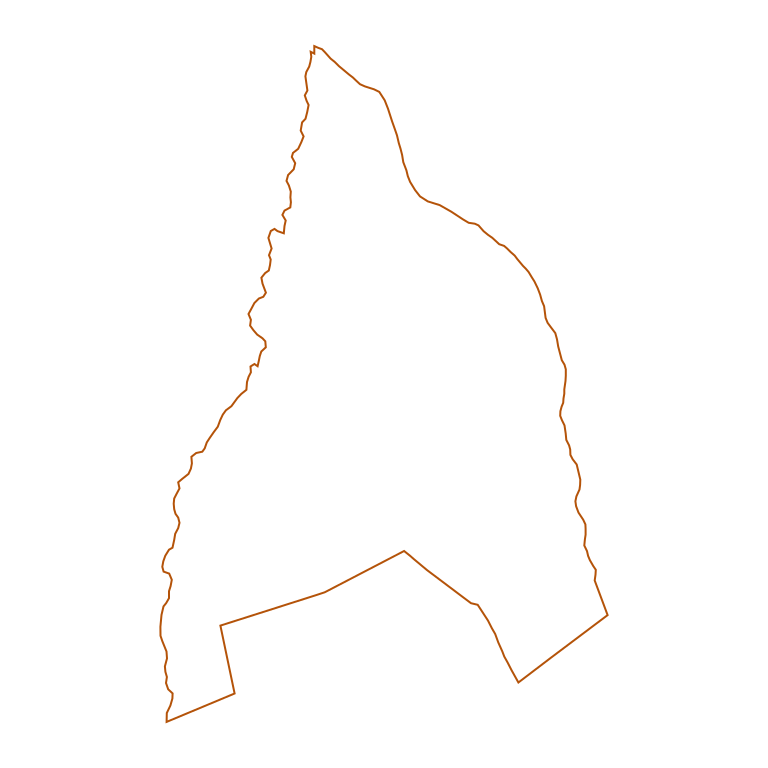 Governador Nunes Freire, Maranhão, Brazil
{"feature_id": "56859067B42446193818241", "entity_name": "Governador Nunes Freire", "entity_type": "district", "adm_level": 2, "iso_a3": "BRA", "parent_name": "Brazil", "parent_adm1": "Maranhão", "projection": "natural_earth1", "projection_center": [-45.838, -2.038], "detail": "fine", "context": "isolated", "style": "outline", "palette": "amber", "viewbox_px": 768, "rotation_deg": 0, "n_neighbors": 0, "source": "geoboundaries", "source_scale": "gbopen_adm2", "svg_char_len": 3150}
<svg xmlns="http://www.w3.org/2000/svg" viewBox="0 0 768 768"><path d="M314.3,46.1L314.3,53.6L310.7,51.8L311.3,56.8L310.4,62.0L309.2,66.6L306.3,72.0L305.4,76.3L306.2,82.0L307.4,90.5L304.8,95.4L306.6,100.8L308.6,105.0L307.2,112.1L305.5,118.8L302.1,122.4L300.7,130.6L303.6,136.4L301.3,142.2L298.2,148.8L293.0,152.9L291.8,156.9L295.2,163.2L293.7,169.3L288.1,175.0L286.5,180.9L288.9,185.5L290.8,191.6L290.4,197.3L290.9,202.3L290.3,207.4L284.5,210.6L282.4,214.9L285.7,220.5L284.5,226.0L283.8,233.3L277.5,231.1L274.5,228.9L270.8,231.0L268.4,237.9L271.6,248.5L269.0,255.2L270.7,259.5L270.0,265.1L268.8,270.5L265.1,273.1L261.4,277.7L262.5,283.6L265.9,292.7L263.3,296.8L258.9,298.5L254.4,303.0L250.9,309.6L248.5,314.0L250.9,319.8L250.1,325.6L253.5,330.3L257.2,334.6L262.5,338.3L265.3,341.3L265.8,347.3L261.3,351.5L259.8,356.0L258.8,360.9L257.6,366.2L254.4,364.0L250.5,366.5L250.9,372.3L248.6,376.8L247.0,382.0L246.4,389.8L241.3,393.9L237.4,398.0L234.4,402.1L231.4,406.2L225.9,410.3L222.8,414.6L220.3,419.9L217.8,426.7L213.7,432.2L209.6,438.1L206.8,442.4L204.7,448.4L202.3,451.7L196.2,453.0L191.4,456.8L191.9,463.4L190.9,468.6L188.5,473.9L182.2,478.9L178.2,482.3L179.5,488.4L176.5,494.0L174.2,498.5L173.7,503.7L174.2,509.2L175.5,513.8L178.2,517.6L179.5,522.8L178.2,528.1L175.2,533.8L174.2,539.9L172.5,547.7L169.0,549.7L165.3,555.7L163.3,561.3L162.3,566.8L163.6,571.6L169.2,573.6L171.8,579.8L170.6,586.1L169.0,591.2L169.0,598.2L166.1,603.2L163.5,606.4L161.5,614.9L160.9,621.4L160.4,626.8L160.5,635.8L162.3,641.1L166.5,651.5L167.0,658.4L164.9,666.4L165.4,671.8L166.9,677.0L166.0,683.0L168.2,689.3L172.6,693.4L172.4,698.5L170.4,705.5L166.8,713.0L166.6,721.9L234.6,693.5L220.4,625.6L316.2,595.1L324.7,592.3L404.1,551.0L410.2,555.9L413.6,558.9L426.9,570.0L471.0,603.2L477.7,604.8L488.0,620.6L491.9,628.3L495.2,634.0L498.3,642.5L502.3,651.4L504.3,656.6L507.6,662.5L511.6,670.3L518.4,682.5L550.7,657.9L607.6,615.1L594.7,580.5L595.5,574.7L595.8,569.8L593.3,566.1L589.9,560.2L588.1,555.9L587.0,551.1L584.3,545.5L584.9,539.4L585.6,534.7L585.6,528.9L585.4,524.4L583.2,519.7L578.5,512.6L576.1,506.2L575.4,501.3L576.4,496.4L579.5,489.5L580.1,485.0L580.3,479.6L578.7,472.9L576.7,464.5L572.7,459.3L570.4,454.9L570.2,449.5L569.1,445.4L566.3,439.9L565.7,433.5L564.5,425.4L561.9,420.1L560.2,415.8L560.4,411.2L561.6,406.7L563.2,402.8L563.5,398.5L564.3,393.7L564.3,389.4L565.5,381.0L565.8,375.7L565.8,369.3L564.5,364.7L561.8,360.2L558.2,346.5L557.0,339.3L555.3,333.1L551.0,327.4L547.6,322.8L545.6,317.9L544.1,306.2L541.9,301.0L540.1,294.5L537.7,288.2L534.4,281.4L531.8,277.3L528.6,272.0L525.7,268.6L523.0,265.9L517.3,259.1L514.7,255.6L510.6,252.0L507.0,248.4L504.1,245.9L499.2,244.2L492.4,237.9L488.1,234.9L483.6,231.2L478.5,225.4L474.8,223.7L468.7,222.8L463.0,219.4L451.3,211.7L439.7,205.1L427.8,201.4L420.0,196.4L415.1,190.1L410.1,181.9L407.8,176.1L406.4,170.3L403.3,162.2L402.1,154.9L400.5,148.6L398.8,143.1L397.0,135.4L394.8,129.0L392.1,121.4L388.0,108.7L384.7,100.3L379.3,91.9L374.0,89.3L364.9,86.4L360.0,84.2L355.9,80.4L352.9,77.5L349.1,74.6L338.9,66.1L334.8,62.0L330.6,58.6L324.9,52.2L322.0,49.2L318.4,47.9L314.3,46.1Z" fill="none" stroke="#b45309" stroke-width="2"/></svg>